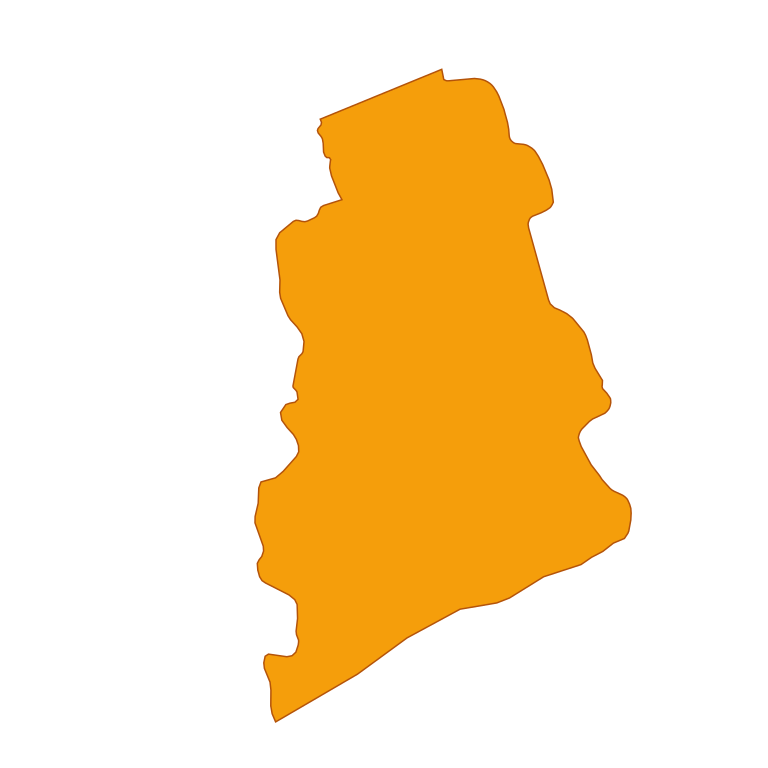 an SVG outline of Borgou, rotated 157°
{"feature_id": "BEN-2169", "entity_name": "Borgou", "entity_type": "Department", "adm_level": 1, "iso_a3": "BEN", "parent_name": "Benin", "parent_adm1": "", "projection": "natural_earth1", "projection_center": [2.675, 9.701], "detail": "fine", "context": "isolated", "style": "filled", "palette": "amber", "viewbox_px": 768, "rotation_deg": 157, "n_neighbors": 0, "source": "natural_earth", "source_scale": "10m", "svg_char_len": 2847}
<svg xmlns="http://www.w3.org/2000/svg" viewBox="0 0 768 768"><g transform="rotate(157 384 384)"><path d="M615.8,115.3L615.8,124.2L614.0,131.9L607.7,146.4L605.4,154.1L605.2,169.0L603.6,174.3L599.8,179.8L595.9,180.5L580.0,170.9L574.8,169.8L569.9,171.6L565.0,177.2L563.4,179.9L562.7,181.7L562.5,187.4L561.5,190.8L555.2,201.9L550.1,215.0L550.4,220.4L553.9,227.0L570.8,247.1L573.1,250.7L573.8,255.2L573.1,260.4L572.9,262.0L570.7,268.4L567.6,271.0L563.9,273.0L560.1,277.3L558.5,281.9L557.0,306.6L554.4,312.4L546.4,323.4L539.9,337.2L535.5,341.9L520.5,340.0L510.9,343.0L493.0,351.5L489.0,354.9L486.8,360.7L486.3,367.2L487.1,372.9L490.2,381.8L492.2,390.6L490.4,398.2L482.4,403.4L478.0,403.1L473.1,402.0L469.1,403.5L467.2,410.6L467.5,412.5L468.9,416.2L468.6,417.7L453.4,440.6L451.6,442.4L447.6,444.0L445.8,445.5L441.0,454.4L440.0,462.4L441.7,470.5L444.9,479.6L445.7,484.4L445.7,503.2L444.2,509.2L439.1,520.4L430.8,550.1L427.0,559.1L420.9,564.0L403.9,569.1L401.0,569.1L398.5,567.7L396.1,565.8L393.4,564.3L390.7,563.9L383.0,564.2L380.4,564.8L377.7,566.8L375.6,569.3L373.2,571.4L369.9,571.9L350.7,570.1L351.5,577.8L351.0,596.1L349.6,604.0L348.8,605.7L346.0,610.6L345.4,611.2L345.8,613.6L346.9,614.2L348.1,614.7L349.1,616.7L349.0,621.1L345.9,629.4L344.9,633.8L345.2,636.4L346.5,640.8L346.2,643.4L344.9,644.9L340.7,647.1L339.3,649.3L339.2,652.4L339.2,652.7L207.9,651.1L210.0,640.9L208.5,639.2L207.8,638.6L206.2,637.9L181.4,629.9L176.4,627.1L174.1,625.4L172.2,623.6L170.5,621.5L169.0,619.2L168.0,617.1L167.2,614.7L166.1,608.8L165.8,604.1L166.3,589.8L166.8,586.5L168.1,576.6L169.7,569.7L171.7,563.7L172.1,562.1L172.2,560.2L171.8,558.1L170.7,555.9L169.9,554.8L169.1,554.0L161.8,550.0L159.9,548.6L158.7,547.4L157.2,545.4L155.7,543.2L154.5,540.7L154.0,539.2L152.9,533.0L152.2,523.9L152.3,507.4L153.5,497.7L157.1,485.2L159.4,483.2L161.3,481.9L162.5,481.4L166.5,480.6L172.4,480.2L181.7,480.4L183.1,480.1L184.4,479.7L185.5,479.0L186.4,478.1L187.9,476.5L188.9,474.9L189.9,471.1L199.7,396.9L199.7,392.8L197.4,387.6L193.3,383.4L188.2,377.2L184.9,371.2L184.4,369.9L179.7,353.8L179.4,350.1L179.6,345.1L181.7,329.9L183.6,321.7L183.6,316.0L181.5,301.9L183.6,297.5L183.7,297.4L184.1,297.0L184.4,295.7L184.6,294.3L182.5,288.5L181.4,283.1L181.3,281.9L181.8,280.2L182.6,278.1L184.5,275.4L185.9,273.9L187.2,272.9L189.6,271.7L192.1,270.8L205.6,270.3L209.6,269.3L219.5,265.2L221.7,263.8L223.6,262.0L225.3,259.9L226.1,258.6L226.6,255.1L226.9,249.3L224.9,228.7L221.4,215.4L220.6,210.8L216.8,199.7L215.7,197.5L214.1,195.3L207.8,188.4L206.4,186.2L205.4,183.9L205.2,183.2L205.0,181.7L204.9,177.3L205.4,173.1L207.0,168.5L210.0,162.3L216.2,152.9L216.9,152.3L217.7,151.4L223.0,147.9L235.0,147.9L248.0,144.4L260.6,143.4L273.2,140.8L312.3,144.2L352.1,138.0L365.7,138.4L402.0,147.0L461.9,141.3L521.7,127.3L615.7,115.3L615.8,115.3Z" fill="#f59e0b" stroke="#b45309" stroke-width="1.5"/></g></svg>